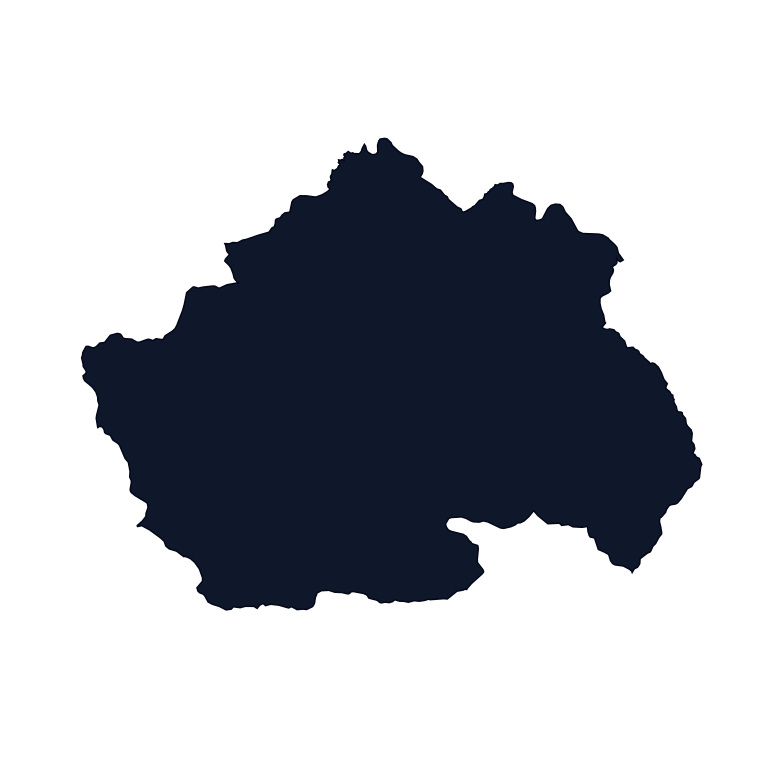 Van Ban, Lào Cai, Vietnam, rotated 347°
{"feature_id": "81297802B34365172713310", "entity_name": "Van Ban", "entity_type": "district", "adm_level": 2, "iso_a3": "VNM", "parent_name": "Vietnam", "parent_adm1": "Lào Cai", "projection": "albers", "projection_center": [104.242, 22.064], "detail": "fine", "context": "isolated", "style": "filled", "palette": "ink", "viewbox_px": 768, "rotation_deg": 347, "n_neighbors": 0, "source": "geoboundaries", "source_scale": "gbopen_adm2", "svg_char_len": 6153}
<svg xmlns="http://www.w3.org/2000/svg" viewBox="0 0 768 768"><g transform="rotate(347 384 384)"><path d="M260.5,211.4L260.9,213.3L260.7,218.8L261.3,220.7L262.8,222.9L257.6,226.7L256.5,228.4L259.5,233.1L261.0,236.6L261.8,242.6L261.8,247.0L262.5,249.0L264.6,252.5L253.3,252.0L245.4,253.6L244.1,253.1L241.7,250.9L239.7,250.1L229.8,248.9L224.5,248.8L220.9,246.7L219.6,246.6L212.3,250.6L207.4,261.4L204.2,267.2L195.4,280.2L193.0,283.0L189.7,284.9L181.6,287.8L178.8,290.8L177.4,290.7L172.1,288.6L168.6,289.7L165.3,287.6L163.3,287.3L155.1,288.3L152.7,287.7L148.2,283.5L141.6,281.5L140.1,280.5L139.0,277.1L138.1,275.9L135.5,274.7L128.2,275.0L121.1,280.7L116.3,280.2L112.2,282.8L110.0,283.4L108.4,283.3L104.1,280.7L102.1,280.4L97.7,285.4L96.7,288.1L95.3,290.5L95.3,296.8L94.9,299.3L96.8,304.5L95.9,306.6L92.6,308.3L92.5,310.9L93.2,313.6L98.5,320.5L99.9,323.1L101.5,327.0L102.1,332.1L101.4,336.0L101.8,340.3L97.0,349.8L95.9,352.7L95.3,361.7L95.4,362.1L96.8,361.4L97.8,361.5L100.1,362.6L101.0,365.6L100.9,368.3L101.6,369.6L105.8,372.4L107.2,377.6L111.2,381.8L112.5,384.0L115.0,398.2L117.3,402.8L116.9,412.2L115.3,417.4L116.0,420.9L115.8,422.8L112.9,429.8L112.9,431.5L113.4,433.0L116.6,437.0L125.7,445.8L126.6,447.3L126.3,451.2L123.0,456.6L122.2,459.5L117.5,463.3L111.7,466.4L111.7,467.2L112.0,467.5L115.9,467.5L116.7,468.0L122.8,473.4L131.6,483.6L134.4,487.7L135.0,492.9L137.6,496.3L144.3,500.2L150.1,507.2L150.7,507.0L153.5,508.5L156.2,510.7L159.4,515.1L162.5,522.6L163.6,532.1L162.8,535.3L155.9,540.5L156.1,543.9L157.4,545.9L160.7,548.2L161.7,550.1L163.6,556.8L167.1,559.9L173.4,563.6L179.4,568.6L184.5,569.0L187.1,567.2L193.6,569.6L198.8,569.4L207.2,571.4L209.9,574.1L213.1,571.6L216.8,570.6L218.7,573.3L223.5,573.1L224.9,573.4L231.9,575.9L240.4,580.6L241.0,580.8L243.2,580.1L244.6,580.8L248.6,584.3L254.5,585.1L257.9,586.3L264.0,584.9L265.2,584.1L267.0,581.9L269.1,576.5L270.9,574.1L271.4,572.7L276.5,571.3L283.8,572.6L289.2,575.8L296.0,577.7L301.6,580.4L302.9,580.4L305.3,579.1L307.4,579.3L316.8,583.4L319.8,585.6L321.2,589.3L327.8,592.7L329.4,594.0L330.7,595.9L332.2,596.7L335.9,596.8L340.0,598.2L343.2,598.0L346.0,596.7L350.3,599.1L354.5,600.2L358.6,602.1L364.6,601.9L369.6,603.6L375.1,604.0L378.9,603.7L380.8,604.6L394.0,606.6L397.3,607.7L408.5,602.3L414.7,602.6L416.5,602.2L418.4,602.8L419.2,601.8L424.3,598.1L436.7,591.2L438.4,590.0L438.9,588.9L438.6,587.1L435.0,579.3L435.3,576.3L438.9,565.4L439.0,562.5L433.7,559.3L433.0,557.3L431.9,556.1L429.9,550.9L428.6,549.9L427.8,548.6L416.0,542.5L413.8,540.6L412.5,537.1L412.5,534.2L416.6,529.7L419.2,529.2L429.5,530.9L433.7,533.3L438.0,537.1L440.2,538.4L445.8,540.0L449.9,539.7L454.1,541.7L465.2,550.5L468.3,551.6L475.4,551.6L479.9,550.8L482.8,549.4L485.6,549.9L489.6,549.0L495.5,545.7L501.3,541.1L504.3,546.8L512.2,557.0L523.6,559.1L525.4,561.8L532.0,562.4L536.1,565.7L544.9,568.2L550.2,568.6L549.6,573.8L549.9,577.9L550.6,579.5L554.5,581.3L555.6,593.4L560.6,597.1L563.8,599.9L564.6,601.1L565.0,607.1L566.3,610.3L568.4,612.2L576.3,615.2L581.6,619.8L583.2,622.0L583.4,623.5L586.4,620.3L589.8,619.6L591.9,617.6L592.8,616.5L594.2,611.9L602.5,608.1L605.8,607.4L609.5,602.6L612.7,600.6L617.3,595.3L620.6,592.7L621.1,591.5L621.5,585.1L621.4,580.1L622.6,576.7L624.5,576.0L629.5,572.4L630.9,569.9L634.4,566.7L636.2,566.2L641.1,566.5L643.4,565.8L647.9,562.4L656.1,554.2L660.7,553.1L664.1,549.4L669.4,547.1L670.2,546.4L674.0,535.7L675.5,533.9L674.4,527.4L671.8,525.3L671.0,522.7L669.2,521.3L672.3,516.9L672.4,512.6L670.7,508.9L673.2,501.5L672.9,497.8L670.3,493.4L669.5,490.9L670.0,485.4L667.9,481.3L668.1,479.0L667.0,478.1L664.6,477.5L663.6,475.9L663.7,471.9L662.4,467.1L662.6,465.3L663.2,464.5L662.5,462.6L662.9,459.9L661.5,458.8L660.6,455.5L657.8,452.2L658.0,450.2L660.1,447.4L657.8,442.6L656.7,435.1L655.1,429.3L652.2,425.0L649.9,423.8L647.6,424.2L647.4,422.6L643.6,417.3L642.7,415.0L639.7,411.8L639.6,409.7L638.8,408.3L636.4,406.7L634.9,404.2L629.1,403.5L628.5,401.9L628.1,396.3L624.6,391.0L624.1,387.8L623.5,386.8L621.5,385.4L620.2,382.9L616.3,381.1L614.0,381.2L611.4,380.1L609.0,377.8L613.6,374.4L613.1,372.8L613.5,366.4L612.4,359.3L612.6,353.6L613.7,349.3L614.6,348.3L616.7,347.2L623.0,345.7L625.7,344.3L625.7,337.7L627.0,333.3L628.7,330.6L631.9,327.3L632.9,325.4L633.2,324.2L632.7,321.1L636.6,319.7L638.2,318.3L639.1,314.3L640.3,316.8L641.7,318.0L645.0,317.0L641.8,309.3L641.7,303.3L640.0,299.9L635.3,293.1L635.5,292.6L630.6,287.9L626.8,286.2L611.6,282.1L607.9,279.4L607.0,277.9L603.5,265.2L599.3,257.4L598.0,251.5L595.8,248.7L591.6,247.3L586.9,247.5L583.0,249.9L575.5,258.7L571.9,259.3L568.9,258.8L568.1,256.4L570.4,249.9L571.0,246.5L570.8,244.0L568.8,241.5L559.3,235.2L552.2,229.2L551.9,228.6L551.9,225.9L554.4,220.7L554.4,218.1L553.2,216.6L550.6,215.7L545.2,215.5L542.2,214.7L539.7,215.8L537.2,214.8L536.0,216.4L533.6,217.8L531.2,218.6L530.2,219.9L528.8,220.3L527.4,221.7L524.9,221.7L524.0,223.9L521.8,226.4L518.3,226.6L512.6,230.8L510.4,231.2L508.9,232.2L502.0,234.3L499.6,234.3L498.9,233.5L498.3,230.6L495.0,228.0L488.2,218.6L487.7,215.8L485.3,213.5L482.6,207.8L479.1,205.7L475.2,200.3L466.0,191.1L466.1,190.2L468.5,187.7L469.8,185.2L470.4,180.7L467.9,176.0L466.6,172.3L463.4,169.0L455.7,165.3L452.7,162.9L450.4,160.4L446.2,154.2L445.4,152.5L445.2,150.6L442.1,145.8L439.7,144.8L435.3,144.5L433.6,146.0L431.5,149.7L430.1,156.7L427.6,158.3L424.0,157.9L420.5,154.5L419.6,152.3L419.6,148.3L418.8,146.1L415.7,149.6L414.2,152.3L411.8,154.1L406.8,152.9L405.5,151.7L403.6,151.8L401.4,149.4L398.8,150.9L397.1,150.8L396.4,151.8L397.1,153.5L395.7,154.8L395.5,157.2L395.0,157.2L393.7,155.8L391.8,156.2L390.2,155.4L390.1,157.0L389.3,158.0L390.4,159.6L390.2,161.0L388.9,161.2L387.1,163.6L383.8,164.8L382.8,164.8L382.3,163.8L381.8,163.8L380.5,167.6L378.6,169.6L378.3,171.7L378.7,173.0L377.2,174.6L375.4,174.7L373.9,177.0L373.9,179.8L375.0,181.1L374.8,182.3L372.2,183.8L366.4,185.7L361.0,186.4L359.2,186.4L350.7,183.2L344.5,181.7L337.1,184.1L335.3,185.8L330.9,195.4L325.8,195.0L322.7,196.5L320.3,198.7L316.1,199.1L315.1,200.1L314.1,203.4L312.5,206.1L309.9,206.7L306.1,210.2L294.8,210.8L282.5,212.1L278.5,212.0L273.0,213.4L268.3,212.1L264.9,212.6L260.5,211.4Z" fill="#0f172a" stroke="#020617" stroke-width="1.5"/></g></svg>